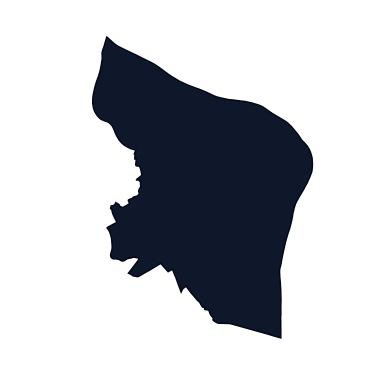 Thi xa Cao Lanh, Ðong Tháp, Vietnam (Albers equal-area conic projection), rotated 202°
{"feature_id": "81297802B60372874404879", "entity_name": "Thi xa Cao Lanh", "entity_type": "district", "adm_level": 2, "iso_a3": "VNM", "parent_name": "Vietnam", "parent_adm1": "Ðong Tháp", "projection": "albers", "projection_center": [105.634, 10.46], "detail": "fine", "context": "isolated", "style": "filled", "palette": "ink", "viewbox_px": 384, "rotation_deg": 202, "n_neighbors": 0, "source": "geoboundaries", "source_scale": "gbopen_adm2", "svg_char_len": 5680}
<svg xmlns="http://www.w3.org/2000/svg" viewBox="0 0 384 384"><g transform="rotate(202 192 192)"><path d="M88.5,254.9L88.6,255.6L88.9,257.2L89.6,259.7L90.3,261.7L91.3,264.1L92.6,266.9L93.8,269.1L95.2,270.9L97.0,273.1L98.3,274.5L99.6,275.7L102.3,277.6L104.0,278.6L106.5,279.8L108.9,280.8L110.5,281.7L113.2,283.6L115.8,285.3L119.9,287.5L124.4,289.9L128.7,291.6L128.8,291.7L131.3,292.4L134.8,293.0L143.5,294.3L147.2,294.9L150.0,295.5L153.8,296.4L156.3,297.0L157.9,297.4L159.9,297.5L161.9,297.6L163.7,297.5L168.1,297.1L169.5,297.0L173.7,296.3L177.5,295.6L181.5,294.4L184.8,293.6L189.0,292.5L190.5,292.0L191.9,291.6L194.1,291.1L198.8,290.3L201.9,289.8L204.1,289.5L204.3,289.5L206.4,289.4L208.6,289.4L212.5,289.7L216.4,289.9L220.8,290.0L225.1,289.9L229.2,289.7L233.4,289.6L236.3,289.6L239.1,289.7L241.4,289.8L244.5,290.0L244.8,290.0L246.1,290.2L247.9,290.5L252.0,291.1L254.4,291.5L256.9,292.0L262.8,293.5L268.9,295.1L273.0,296.0L277.8,296.7L283.1,297.1L286.4,297.3L287.7,297.4L294.9,298.0L298.2,298.2L301.9,298.4L308.1,298.8L312.9,299.2L315.0,299.3L316.9,299.7L319.1,300.2L322.3,301.3L327.1,303.1L329.0,303.8L328.9,302.5L328.6,299.1L328.0,293.5L328.0,291.6L327.8,289.3L327.6,287.8L327.0,286.2L326.1,284.2L325.4,282.6L324.9,281.1L324.5,279.1L323.8,276.2L323.2,273.3L322.6,270.0L322.4,268.4L322.2,266.5L322.0,263.7L321.9,259.7L321.7,257.0L321.5,254.8L321.1,251.6L320.6,248.8L320.1,245.7L319.6,243.7L319.0,241.7L317.9,238.7L317.1,236.7L315.8,234.7L314.9,233.1L313.8,231.8L312.5,230.3L311.2,229.3L310.1,228.5L308.5,227.4L306.9,226.6L305.3,225.9L305.0,225.8L304.2,225.5L302.6,225.3L299.3,225.3L296.8,225.5L296.2,225.4L295.8,225.4L294.9,225.2L293.9,224.9L292.9,224.5L291.3,223.7L290.2,223.0L289.2,222.1L287.1,220.1L285.2,218.0L283.0,216.0L280.7,214.2L278.8,212.8L276.9,211.8L275.2,211.0L273.0,210.3L270.8,209.8L268.9,209.5L267.1,209.4L265.0,209.3L261.0,209.7L259.8,209.8L259.8,208.9L259.7,205.6L258.6,205.6L258.6,205.0L258.4,204.2L257.5,201.2L256.0,201.5L255.3,199.5L254.4,196.2L254.0,195.8L253.6,195.5L253.2,195.5L252.8,195.5L252.3,195.7L251.7,196.0L251.1,196.1L250.5,196.0L249.8,195.8L249.3,195.3L248.0,193.7L246.2,191.1L245.4,189.8L245.0,189.1L245.0,188.7L245.1,188.2L245.9,186.6L247.2,184.5L247.9,183.0L248.0,182.5L248.0,182.4L247.9,182.3L247.7,182.4L246.9,182.9L246.5,183.1L246.2,183.1L245.7,183.0L244.6,182.5L243.9,182.1L243.5,181.8L243.2,181.3L242.6,180.0L242.0,178.6L241.4,177.6L241.4,177.4L241.4,177.2L241.6,176.7L241.8,176.2L241.8,175.9L241.8,175.5L241.8,175.1L241.8,174.9L241.9,174.6L242.0,173.9L242.0,173.5L241.8,173.0L241.4,172.4L240.7,171.4L240.4,170.9L240.3,170.4L240.4,169.9L240.5,169.2L240.9,168.3L241.6,167.4L242.4,166.7L243.1,166.3L243.9,165.7L244.6,164.8L244.8,164.3L244.9,163.9L245.1,163.6L245.3,163.3L245.8,162.9L247.0,161.9L247.7,161.1L247.9,160.7L247.8,160.2L246.9,159.3L245.5,158.0L247.9,154.5L248.4,154.0L249.1,153.2L249.7,152.4L250.1,152.0L250.5,151.8L250.9,151.5L252.3,151.7L252.7,151.7L253.1,151.6L253.5,151.6L253.9,152.0L254.4,152.4L254.5,152.7L255.3,152.9L255.9,153.2L256.4,153.3L256.9,153.3L257.6,153.4L258.0,153.4L258.3,153.5L258.6,153.6L258.6,153.2L258.7,152.2L258.9,151.3L259.5,150.4L259.9,149.9L260.4,149.5L261.1,149.3L261.4,149.0L261.7,148.8L261.6,148.5L261.5,147.8L261.5,147.0L261.5,146.9L261.4,146.4L261.0,146.0L260.5,145.9L260.1,145.8L259.7,145.5L259.2,144.9L258.4,143.6L257.6,142.6L256.7,141.6L256.5,141.4L256.1,141.1L255.8,140.8L254.9,139.9L254.0,139.1L251.8,137.1L250.2,135.6L252.5,133.1L255.8,129.1L256.5,128.3L257.1,127.5L257.2,127.2L257.2,126.9L256.8,126.6L256.2,126.3L255.2,125.6L254.2,124.9L253.1,123.9L252.3,123.0L251.4,121.8L250.0,120.0L249.2,118.8L248.2,117.0L247.7,115.9L246.8,114.1L245.9,112.4L245.1,110.3L244.9,109.7L244.6,108.3L244.2,104.9L243.9,103.4L243.7,102.7L242.9,101.6L242.7,101.3L242.3,101.0L241.8,100.8L240.7,100.6L240.0,100.5L239.7,100.6L239.2,100.9L238.1,101.3L237.1,101.6L235.3,102.1L234.8,102.1L233.8,102.1L231.9,101.8L231.3,101.8L230.8,101.9L230.1,102.2L229.7,102.5L229.2,102.9L228.6,103.7L228.0,104.6L227.3,105.6L226.3,106.5L224.2,107.8L223.0,108.7L222.7,109.1L221.7,109.7L221.3,109.8L220.3,110.1L219.4,110.3L218.4,110.5L217.5,110.6L216.4,110.6L216.2,109.7L216.1,108.8L216.4,107.7L218.2,101.2L220.5,92.9L220.1,92.9L219.6,92.9L218.1,92.8L217.5,92.8L216.7,92.6L215.7,92.3L215.1,92.2L214.8,92.2L214.1,92.5L213.6,92.6L212.1,92.8L211.2,93.0L210.5,93.3L210.1,93.5L204.5,100.7L203.7,101.6L198.6,108.3L194.3,114.1L184.3,109.2L181.2,113.0L176.6,108.3L175.1,106.9L169.8,100.9L164.6,95.2L164.5,97.9L164.2,99.0L163.1,100.9L162.2,102.5L160.4,101.4L158.5,100.2L156.7,99.1L154.1,97.7L148.5,94.8L146.5,93.7L145.5,93.3L144.2,92.9L143.4,92.5L142.6,91.9L140.6,90.2L139.8,89.6L139.3,89.4L139.1,89.3L138.8,89.3L138.3,89.4L137.7,89.7L137.4,89.7L136.9,89.4L136.7,89.1L136.5,88.4L136.3,88.0L136.2,87.9L135.1,88.1L133.8,88.5L132.8,88.6L132.4,88.6L132.1,88.5L131.6,88.2L130.9,87.4L130.1,86.4L128.8,85.2L127.9,84.6L126.7,84.0L125.5,83.4L125.0,82.8L124.8,82.5L124.7,82.1L124.8,81.7L124.7,81.5L124.5,81.2L123.9,80.9L122.6,80.6L120.9,80.3L119.8,80.2L118.8,80.2L118.2,80.3L111.3,82.9L108.2,84.0L107.2,84.3L104.0,84.7L98.7,85.3L89.7,86.3L85.3,86.8L80.6,87.3L73.8,88.1L67.0,88.8L61.2,89.3L58.5,89.6L56.1,89.9L55.0,90.0L57.6,96.4L60.0,102.1L61.4,105.7L62.6,108.3L64.1,112.6L66.6,118.7L69.1,125.3L73.0,134.3L76.5,141.7L79.0,146.5L79.8,148.4L80.9,150.6L81.4,152.1L81.6,152.4L82.0,154.5L82.2,156.4L82.6,158.9L83.4,162.5L84.4,167.5L85.4,173.2L86.1,177.7L86.6,180.6L86.8,182.6L87.1,185.0L87.5,189.2L87.8,194.6L88.1,196.9L88.5,199.9L88.9,202.7L89.6,206.4L90.4,209.6L91.3,215.3L91.5,217.9L91.6,220.1L91.4,223.4L90.6,229.1L89.5,236.2L89.2,239.5L88.6,243.9L88.6,246.5L88.4,250.2L88.5,253.0L88.5,254.9Z" fill="#0f172a" stroke="#020617" stroke-width="1.5"/></g></svg>